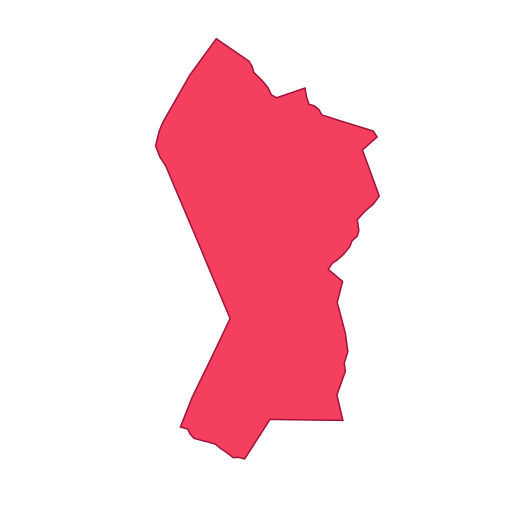 the district of Glória do Goitá, Pernambuco, Brazil, rotated 284°
{"feature_id": "56859067B24226847288398", "entity_name": "Glória do Goitá", "entity_type": "district", "adm_level": 2, "iso_a3": "BRA", "parent_name": "Brazil", "parent_adm1": "Pernambuco", "projection": "albers", "projection_center": [-35.342, -8.009], "detail": "fine", "context": "isolated", "style": "filled", "palette": "rose", "viewbox_px": 512, "rotation_deg": 284, "n_neighbors": 0, "source": "geoboundaries", "source_scale": "gbopen_adm2", "svg_char_len": 1034}
<svg xmlns="http://www.w3.org/2000/svg" viewBox="0 0 512 512"><g transform="rotate(284 256 256)"><path d="M457.2,164.9L415.8,148.1L363.3,133.3L354.2,131.9L346.6,131.9L338.7,131.9L329.0,138.6L321.5,146.7L304.7,159.2L291.9,168.9L280.2,177.7L255.4,196.4L231.8,213.9L212.4,228.5L189.1,246.0L141.8,236.4L126.6,233.1L103.7,228.3L71.8,224.0L71.6,231.4L67.0,235.5L64.1,240.0L63.9,247.3L63.9,254.4L63.6,262.2L60.7,268.1L59.0,273.0L56.9,278.1L54.8,282.5L56.4,288.1L56.4,294.1L100.8,309.1L117.5,380.1L140.8,368.1L165.6,370.6L173.4,367.6L185.5,368.2L202.7,361.4L223.3,350.1L230.7,346.0L252.3,346.2L258.0,334.4L260.5,329.3L267.3,331.7L271.7,335.7L278.6,340.4L287.6,344.7L293.9,345.5L299.9,349.5L305.8,349.6L315.7,345.5L324.5,350.1L328.8,353.0L334.9,357.4L344.0,361.1L384.6,333.6L400.8,344.7L405.6,339.5L407.8,300.8L408.8,285.8L413.4,281.5L415.8,276.2L416.1,270.6L422.2,266.8L430.8,262.9L414.5,237.6L416.1,232.0L422.3,226.8L426.8,220.9L433.7,209.4L438.8,206.6L443.3,202.1L457.2,164.9Z" fill="#f43f5e" stroke="#9f1239" stroke-width="1.5"/></g></svg>